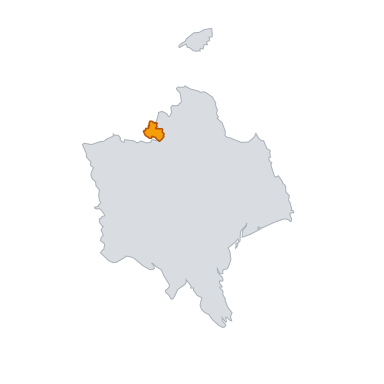 Haute-Savoie highlighted on a map of France, rotated 235°
{"feature_id": "FRA-5302", "entity_name": "Haute-Savoie", "entity_type": "Metropolitan department", "adm_level": 1, "iso_a3": "FRA", "parent_name": "France", "parent_adm1": "", "projection": "robinson", "projection_center": [6.477, 46.07], "detail": "fine", "context": "in_parent", "style": "filled", "palette": "amber", "viewbox_px": 384, "rotation_deg": 235, "n_neighbors": 0, "source": "natural_earth", "source_scale": "10m", "svg_char_len": 5516}
<svg xmlns="http://www.w3.org/2000/svg" viewBox="0 0 384 384"><g transform="rotate(235 192 192)"><path d="M284.6,160.7L282.4,161.7L281.1,163.8L279.7,164.3L277.2,164.3L276.0,163.0L272.9,163.8L271.7,165.2L273.5,166.8L267.5,173.5L263.7,175.2L262.9,179.6L258.3,182.9L256.7,186.3L256.5,187.0L257.7,188.1L257.2,190.3L254.9,191.8L254.9,193.2L255.5,193.4L259.0,192.3L260.4,191.0L259.7,189.1L263.2,186.9L269.5,187.5L270.3,190.4L269.4,192.9L274.0,198.3L270.0,200.8L269.8,202.5L273.9,207.9L276.4,210.2L275.1,213.8L270.8,216.2L268.0,216.0L266.8,216.6L267.0,217.7L268.9,221.0L273.5,223.2L274.2,225.7L272.9,226.6L270.8,230.4L271.7,232.3L271.4,233.1L271.9,234.4L273.1,235.7L279.6,238.9L285.4,238.3L286.2,240.2L282.6,245.2L282.8,247.4L281.0,247.5L280.7,248.2L277.1,249.9L271.2,255.0L268.5,256.4L267.4,259.0L265.8,260.4L257.4,263.3L255.8,262.7L251.7,262.7L249.2,260.9L244.3,259.8L242.7,257.1L238.1,256.6L237.9,254.8L231.5,256.4L222.5,254.0L219.3,251.4L216.7,252.1L214.3,254.4L204.5,260.6L200.6,266.9L201.2,274.3L203.4,278.0L197.5,277.4L193.9,278.5L193.0,280.1L184.6,278.2L181.5,279.8L180.6,279.7L179.5,278.1L175.5,276.3L176.1,275.1L175.6,274.0L171.7,273.2L170.4,274.2L168.9,272.1L158.2,268.7L156.4,268.7L155.6,272.1L148.6,272.0L147.7,271.4L143.1,272.1L138.4,269.0L133.1,269.6L129.9,266.4L126.8,266.1L122.3,264.5L120.3,263.6L120.1,262.7L118.7,264.1L117.1,263.8L116.7,263.4L117.9,261.6L118.2,259.5L112.6,258.0L111.2,256.5L111.2,255.7L114.3,255.0L117.1,252.1L120.0,241.6L122.3,229.3L123.7,227.0L125.5,226.3L124.1,224.6L122.4,226.9L123.8,215.6L126.1,207.2L130.6,210.6L131.7,212.1L132.9,217.1L135.4,219.2L133.8,217.2L132.3,210.5L131.4,208.7L124.2,203.1L124.0,201.8L127.2,202.5L126.0,198.3L125.6,189.6L121.2,188.8L114.2,185.0L109.5,178.4L109.1,175.9L110.5,173.2L109.4,171.6L107.4,170.4L109.1,168.1L110.6,167.9L115.6,169.2L111.5,167.1L104.7,167.8L102.0,167.0L101.6,165.5L103.5,163.4L101.3,162.2L97.4,162.5L96.9,162.0L98.2,160.5L97.2,160.0L94.0,160.5L92.2,160.1L90.6,158.4L85.5,158.0L84.4,157.1L77.4,155.2L70.0,155.5L68.1,152.2L63.7,150.6L64.6,149.6L69.2,148.6L70.1,147.7L66.9,146.3L65.8,145.0L71.9,144.6L69.2,143.2L63.4,143.3L62.7,141.3L63.6,139.3L67.1,137.5L75.6,135.5L81.8,135.5L86.3,133.2L90.6,132.5L94.6,133.7L99.9,139.4L104.4,136.9L111.0,136.9L112.3,138.4L114.1,135.8L115.5,137.3L123.6,136.8L121.7,135.8L120.3,133.3L120.4,124.4L116.5,117.9L115.6,115.5L116.0,113.5L120.7,113.9L124.7,113.0L126.6,113.6L126.9,117.8L128.5,120.2L139.4,120.9L145.8,122.2L151.2,119.9L156.2,118.8L156.6,118.2L153.7,118.5L151.1,117.5L150.8,116.3L152.3,113.1L160.0,109.4L171.3,106.4L174.2,104.4L177.6,100.8L176.9,99.8L177.7,90.0L179.4,86.8L183.7,84.4L194.6,82.1L195.8,85.2L195.7,87.0L198.5,89.7L199.9,90.6L204.7,89.1L206.9,91.7L207.5,94.6L213.2,95.8L214.7,99.6L215.8,98.8L219.4,98.9L221.0,99.2L223.3,100.9L222.6,103.2L223.6,104.3L222.6,106.4L223.3,107.3L229.8,107.3L231.8,106.3L232.7,104.2L234.7,103.0L235.4,103.3L234.1,107.3L235.1,108.3L235.5,111.1L238.0,111.4L242.8,113.6L246.8,117.4L251.9,116.8L255.8,118.9L259.9,117.8L263.7,118.9L265.1,120.0L268.7,125.3L271.5,124.2L273.4,124.9L274.1,126.4L281.4,125.5L282.8,127.0L284.3,127.5L293.7,129.5L293.8,131.5L288.4,137.1L286.1,145.2L284.5,148.0L284.0,150.1L284.4,151.4L284.1,153.6L283.0,158.9L283.7,160.4L284.6,160.7ZM319.8,269.4L319.3,272.8L320.7,275.2L321.3,284.9L318.6,289.5L318.1,295.2L314.7,301.9L309.2,298.9L307.6,297.3L309.0,294.7L305.9,293.3L306.6,290.8L306.3,289.6L304.0,289.4L303.9,288.8L305.5,286.9L305.5,285.7L303.4,284.2L302.9,282.8L305.0,281.4L304.0,280.0L302.9,279.7L305.6,275.3L307.5,273.9L311.7,272.7L313.4,271.1L316.2,272.0L316.7,271.5L317.5,264.6L318.5,264.5L319.4,265.4L319.8,269.4ZM124.7,198.8L123.9,200.8L121.3,197.4L121.0,195.5L124.7,198.8Z" fill="#d9dde1" stroke="#a8b0b8" stroke-width="1"/><path d="M274.0,198.3L273.7,198.5L273.4,198.9L273.3,199.2L273.0,199.6L272.7,199.9L272.3,200.0L271.9,200.1L271.4,200.1L271.3,200.3L271.3,200.5L271.1,200.6L271.0,200.4L270.9,200.4L270.3,200.4L270.0,200.6L269.7,200.9L269.7,201.3L269.6,201.7L269.7,202.0L268.4,202.8L268.0,202.8L268.1,202.1L267.8,201.6L267.2,201.3L266.4,201.2L266.0,201.1L265.5,200.6L265.3,200.2L265.4,199.9L265.6,199.6L265.6,199.2L265.3,198.9L265.1,198.8L264.9,198.7L264.7,198.8L263.8,199.7L263.6,200.0L263.2,201.0L262.1,201.8L262.1,202.0L261.7,202.9L261.4,203.3L261.0,203.6L260.5,203.8L260.0,203.8L259.8,203.7L259.0,202.7L258.4,202.3L257.9,202.1L257.3,202.1L257.1,202.2L256.9,202.4L256.7,202.4L256.3,202.5L255.8,202.4L255.4,202.3L255.3,202.1L255.1,202.0L255.0,201.7L254.9,201.3L254.8,201.1L254.6,200.9L253.8,200.8L253.5,200.7L253.3,200.4L253.2,200.0L253.0,198.4L252.8,198.1L252.5,198.0L252.5,197.3L252.2,195.5L252.2,194.5L252.6,194.1L252.8,194.3L252.9,194.5L253.1,194.5L253.3,194.4L253.5,194.3L253.7,193.9L253.8,193.8L254.0,193.7L254.4,193.8L254.6,193.8L254.7,193.7L255.1,193.5L255.9,193.3L256.8,193.3L257.4,193.5L258.0,193.3L258.9,192.3L260.1,191.7L260.5,191.2L260.4,190.7L260.0,190.8L259.8,190.7L259.7,190.6L259.6,190.2L259.4,189.8L259.3,189.7L259.4,189.2L259.8,188.8L260.3,188.2L260.9,187.8L261.5,187.6L262.1,187.6L262.6,187.4L264.2,186.5L265.4,186.3L266.6,186.4L269.3,187.0L269.5,187.1L269.7,187.3L269.7,187.5L269.6,188.1L269.1,188.6L269.0,188.9L269.4,189.4L270.0,190.0L270.5,190.6L269.8,191.7L269.5,192.5L269.3,193.2L269.5,193.6L270.9,193.9L271.2,194.1L271.2,194.3L271.1,194.5L270.9,194.6L270.9,194.9L270.9,195.2L270.9,195.4L270.9,195.5L271.0,195.6L271.4,195.6L271.5,195.5L271.6,195.4L272.1,195.6L273.3,196.8L273.4,197.1L273.7,197.5L273.8,197.9L273.9,198.2L274.0,198.3Z" fill="#f59e0b" stroke="#b45309" stroke-width="1.5"/></g></svg>